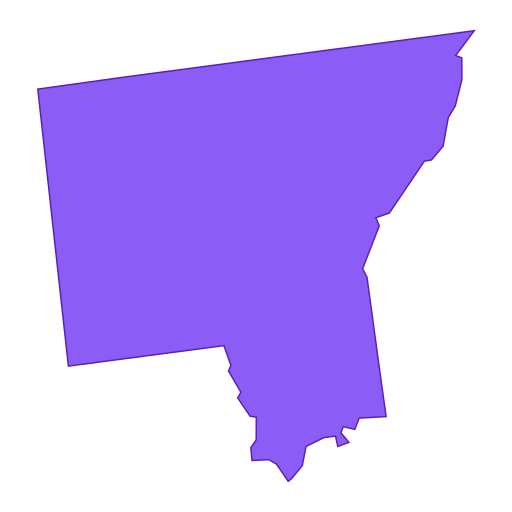 the district of Warren, New York, United States of America
{"feature_id": "52423323B25656019308328", "entity_name": "Warren", "entity_type": "district", "adm_level": 2, "iso_a3": "USA", "parent_name": "United States of America", "parent_adm1": "New York", "projection": "mercator", "projection_center": [-73.717, 43.513], "detail": "fine", "context": "isolated", "style": "filled", "palette": "violet", "viewbox_px": 512, "rotation_deg": 0, "n_neighbors": 0, "source": "geoboundaries", "source_scale": "gbopen_adm2", "svg_char_len": 651}
<svg xmlns="http://www.w3.org/2000/svg" viewBox="0 0 512 512"><path d="M126.4,76.8L37.8,89.1L68.4,366.1L223.9,345.6L230.9,365.3L228.5,371.0L240.9,392.2L237.7,397.9L250.1,416.2L256.3,417.2L256.2,439.8L250.8,447.7L252.0,460.5L269.0,459.7L276.6,464.2L288.2,481.3L291.3,478.9L302.3,465.6L306.0,446.5L323.9,437.6L335.5,436.1L337.8,446.5L348.9,442.3L341.0,432.9L343.2,426.6L354.8,429.4L359.2,418.1L386.1,416.6L377.8,356.7L367.0,277.2L362.6,268.8L379.3,225.7L375.8,217.8L389.4,212.9L424.4,161.1L431.4,160.0L443.1,146.2L448.3,117.5L455.2,106.0L461.9,79.7L461.8,57.8L455.6,55.6L474.2,30.7L126.4,76.8Z" fill="#8b5cf6" stroke="#5b21b6" stroke-width="1.5"/></svg>